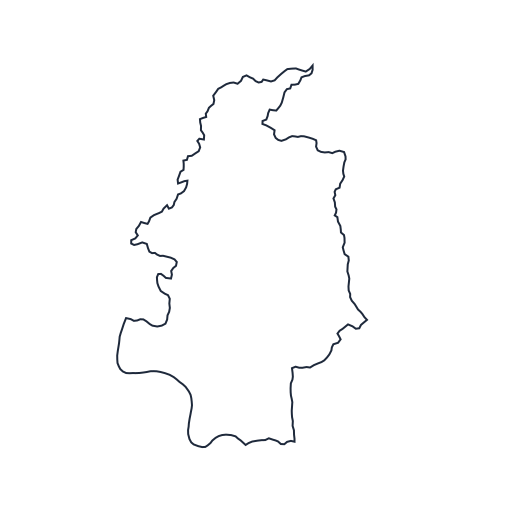 Cássia, Minas Gerais, Brazil (orthographic projection), rotated 196°
{"feature_id": "56859067B74168157441705", "entity_name": "Cássia", "entity_type": "district", "adm_level": 2, "iso_a3": "BRA", "parent_name": "Brazil", "parent_adm1": "Minas Gerais", "projection": "orthographic", "projection_center": [-46.919, -20.558], "detail": "fine", "context": "isolated", "style": "outline", "palette": "slate", "viewbox_px": 512, "rotation_deg": 196, "n_neighbors": 0, "source": "geoboundaries", "source_scale": "gbopen_adm2", "svg_char_len": 4560}
<svg xmlns="http://www.w3.org/2000/svg" viewBox="0 0 512 512"><g transform="rotate(196 256 256)"><path d="M254.1,454.7L255.9,450.6L259.0,447.0L263.0,447.0L266.5,447.1L269.3,447.3L273.4,445.9L277.4,444.3L279.4,441.7L281.9,438.1L284.7,433.6L286.5,430.0L289.7,427.9L294.2,427.8L297.7,427.6L298.6,424.9L301.3,423.5L304.6,424.0L307.7,425.7L311.1,426.1L314.9,427.0L318.0,424.5L318.7,420.2L321.2,416.5L325.3,416.6L328.7,415.2L331.9,413.0L333.8,411.0L336.0,408.5L338.4,406.3L339.5,403.0L341.3,398.3L339.1,394.3L338.8,390.4L340.5,388.1L342.1,385.5L342.5,381.7L343.5,379.0L342.2,375.9L345.0,374.1L347.6,372.1L346.4,368.9L344.7,365.9L343.6,361.7L341.3,359.9L339.1,357.8L338.2,353.6L342.8,353.1L344.1,350.4L341.6,348.2L339.6,345.0L340.0,340.9L342.4,338.2L345.4,334.6L348.9,333.2L348.9,329.4L352.1,327.7L350.9,324.7L350.1,321.9L349.4,318.8L351.8,316.2L352.1,311.4L352.4,307.8L350.9,304.2L348.1,306.2L345.5,308.2L342.7,309.5L342.1,306.2L342.1,302.7L343.1,298.5L345.5,295.4L347.9,293.7L348.1,289.1L349.3,285.4L349.1,282.4L350.2,279.5L352.8,277.5L355.5,280.3L357.9,276.1L358.7,272.7L361.1,270.5L363.3,268.8L365.4,267.1L368.1,263.8L368.4,259.8L369.1,257.0L372.5,256.9L375.9,257.0L376.9,252.6L378.5,249.0L378.2,245.7L375.3,243.2L376.9,239.6L380.3,236.8L379.4,233.6L376.2,233.0L373.1,234.7L369.1,237.7L364.3,237.5L362.0,233.8L359.7,230.8L356.7,230.1L354.0,231.1L351.5,230.1L348.3,229.6L345.4,230.6L337.6,230.9L333.4,230.3L330.5,228.4L330.2,224.5L332.2,221.7L333.4,218.2L331.7,214.9L331.5,210.9L336.6,210.1L339.4,211.5L342.4,212.6L345.0,211.7L345.4,208.3L344.4,205.4L343.3,202.7L341.3,199.8L337.9,196.1L333.2,194.6L329.8,194.1L327.1,191.1L326.2,186.4L324.5,182.3L324.1,178.4L324.7,174.6L323.9,170.4L324.4,166.0L327.4,163.1L331.5,161.0L336.4,160.5L339.4,161.3L343.3,163.0L346.8,164.0L349.8,163.3L352.4,161.3L355.5,160.0L359.0,160.8L363.8,160.5L364.4,154.2L364.6,148.3L364.8,144.8L364.8,140.9L364.1,137.2L363.6,134.3L363.2,131.0L362.7,126.8L362.0,122.1L360.8,118.2L359.6,114.9L357.5,112.2L355.3,109.9L352.2,108.3L348.6,107.7L345.4,108.4L342.2,109.5L339.2,110.3L335.6,111.5L332.3,112.9L329.2,114.3L325.8,116.1L322.6,117.1L319.7,117.8L315.9,118.2L311.2,118.3L306.3,118.0L301.7,116.9L298.2,115.5L294.9,113.9L291.0,112.5L287.6,110.8L285.2,108.9L283.1,107.2L280.6,104.5L279.0,101.5L277.7,98.4L276.4,94.9L275.9,91.8L275.6,88.3L275.3,85.3L275.0,81.6L274.4,76.7L273.7,73.3L273.3,69.9L272.1,66.1L269.5,61.7L266.9,59.0L264.0,57.7L259.1,57.3L255.0,57.5L252.1,58.5L250.2,60.7L248.2,63.7L247.1,66.6L244.7,70.1L242.2,72.6L239.3,74.5L235.6,76.0L230.5,77.0L225.9,77.0L223.1,75.6L219.9,74.5L217.1,73.1L213.9,71.5L211.6,74.1L208.5,76.6L203.7,78.9L199.9,80.5L196.4,81.6L193.4,84.3L189.1,84.1L186.4,84.1L183.7,83.8L180.3,82.1L176.9,82.9L174.9,85.9L171.5,87.9L167.8,88.1L168.6,90.9L170.2,94.8L171.5,98.9L174.0,102.8L175.1,107.5L176.9,111.0L178.0,114.0L179.0,117.1L179.8,120.9L180.8,125.5L182.4,128.7L183.9,131.4L185.1,134.5L186.3,138.4L187.4,143.2L186.9,147.2L187.3,150.1L188.6,153.7L190.5,158.1L187.4,160.5L183.8,160.5L180.7,161.3L176.8,163.2L173.3,163.7L170.2,167.1L166.6,170.0L163.8,172.1L161.6,174.5L159.8,178.0L158.4,181.5L157.5,186.0L157.9,189.1L157.3,192.5L153.2,195.2L151.7,199.2L154.0,201.7L156.3,203.9L155.0,207.2L152.7,209.8L150.9,212.4L148.7,215.6L143.8,215.0L140.0,213.6L136.8,215.0L136.1,218.7L134.1,221.7L131.7,225.2L134.9,227.1L137.8,229.6L140.2,231.2L143.2,232.7L145.8,235.1L147.9,237.0L151.6,239.4L154.2,242.4L155.0,245.5L157.4,248.4L158.7,252.2L159.4,256.1L160.1,260.0L161.6,262.9L163.9,266.3L164.8,270.2L165.5,273.3L165.6,277.3L167.0,280.8L171.3,282.2L173.4,285.5L175.0,288.3L174.5,293.2L175.9,297.7L177.2,300.4L180.8,302.0L181.8,304.8L183.2,308.1L186.7,311.7L188.5,315.8L191.5,316.7L191.0,319.7L191.5,323.0L193.5,325.2L195.0,329.3L197.4,332.7L196.5,336.3L198.1,339.3L197.7,342.1L194.5,344.7L195.0,348.7L193.7,352.8L193.1,356.7L194.7,359.1L195.9,362.0L196.5,366.1L196.9,370.4L196.5,373.6L197.4,376.4L200.0,380.2L204.8,380.2L208.5,378.1L211.0,375.9L214.8,375.9L218.4,374.5L222.2,374.0L225.8,374.6L228.4,377.7L228.9,381.2L230.1,383.8L233.8,384.3L237.7,384.4L242.8,384.3L245.8,383.6L248.6,382.0L251.5,381.7L254.3,381.2L257.0,379.1L259.4,376.4L263.3,373.7L266.6,373.7L269.6,374.9L272.2,377.9L272.8,382.0L277.2,383.3L282.2,384.4L286.2,384.7L286.9,387.6L283.7,390.0L283.4,393.8L283.7,396.7L283.2,400.5L280.0,400.8L276.6,401.4L275.3,404.3L274.1,407.2L273.5,410.5L273.5,416.0L273.7,421.2L272.3,424.9L269.3,426.5L269.1,430.4L265.9,431.4L262.8,433.1L261.8,437.0L261.5,440.3L258.7,442.4L254.8,444.3L253.0,446.9L252.9,450.6L254.1,454.7Z" fill="none" stroke="#1e293b" stroke-width="2"/></g></svg>